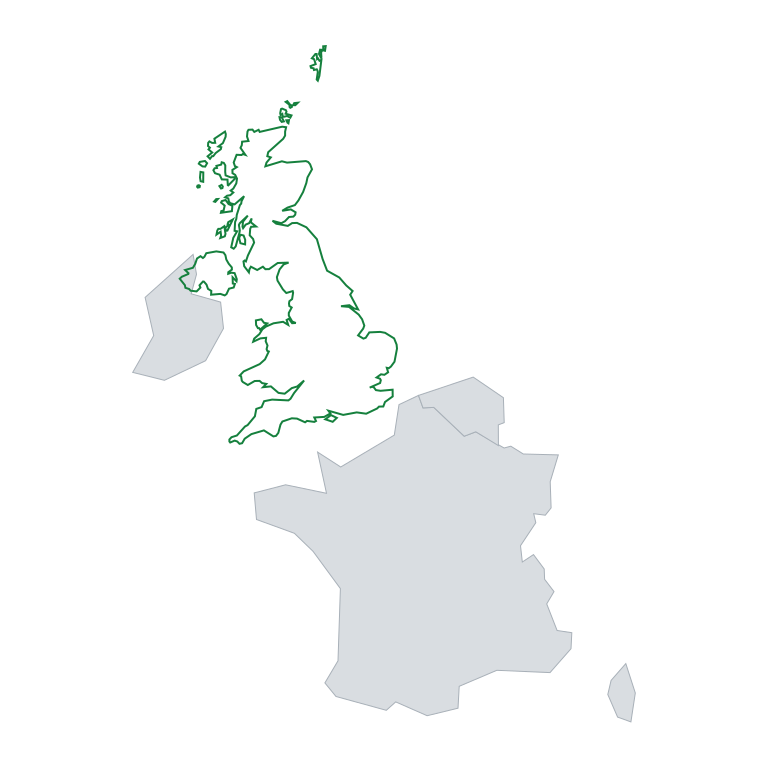 United Kingdom highlighted, orthographic projection
{"feature_id": "GBR", "entity_name": "United Kingdom", "entity_type": "country or territory", "adm_level": 0, "iso_a3": "GBR", "parent_name": "Europe", "parent_adm1": "", "projection": "orthographic", "projection_center": [-4.115, 55.427], "detail": "fine", "context": "with_neighbors", "style": "outline", "palette": "green", "viewbox_px": 768, "rotation_deg": 0, "n_neighbors": 3, "source": "natural_earth", "source_scale": "50m", "svg_char_len": 7203}
<svg xmlns="http://www.w3.org/2000/svg" viewBox="0 0 768 768"><path d="M510.8,446.2L523.3,454.0L558.3,454.9L550.2,481.7L551.1,507.9L545.3,515.2L533.7,513.7L535.8,522.7L520.5,545.7L522.3,562.0L533.5,554.6L544.2,569.0L544.6,579.3L554.0,591.6L546.7,603.9L557.1,630.5L571.8,632.7L571.0,648.7L550.0,672.6L496.8,670.3L459.2,686.3L458.0,708.2L427.1,715.7L395.7,701.9L386.3,710.3L336.0,696.5L324.9,682.9L338.0,660.8L340.4,588.6L313.1,551.4L294.4,533.3L256.5,519.5L254.2,492.9L285.6,484.8L326.5,493.3L317.6,452.1L340.7,467.0L394.3,435.1L399.0,404.6L418.5,395.4L423.0,407.9L433.8,407.4L464.2,436.2L475.8,431.8L504.1,448.0L510.8,446.2ZM611.1,680.4L625.8,663.6L635.3,693.0L630.9,721.9L617.6,717.1L607.8,694.5L611.1,680.4Z" fill="#d9dde1" stroke="#a8b0b8" stroke-width="1"/><path d="M503.4,397.7L504.2,422.6L498.3,424.9L498.4,445.6L475.8,431.8L464.2,436.2L433.8,407.4L423.0,407.9L418.5,395.4L473.2,377.1L503.4,397.7Z" fill="#d9dde1" stroke="#a8b0b8" stroke-width="1"/><path d="M220.6,302.1L223.5,328.4L205.6,360.7L164.4,380.3L132.7,372.4L153.7,335.6L145.1,297.4L193.1,254.4L196.5,274.3L191.2,293.8L220.6,302.1Z" fill="#d9dde1" stroke="#a8b0b8" stroke-width="1"/><path d="M304.1,380.5L297.2,386.5L291.8,388.1L284.7,393.7L278.5,392.9L270.9,386.4L263.1,387.2L266.3,383.9L262.1,383.1L259.6,380.9L254.7,381.0L247.8,385.0L242.8,382.0L241.8,380.7L241.1,376.3L239.7,375.6L243.7,371.4L259.7,364.1L265.0,359.4L268.8,351.5L267.3,350.9L266.6,349.1L267.5,345.5L265.7,341.3L266.1,337.8L260.4,338.4L253.2,341.7L254.2,338.6L259.4,334.1L262.4,329.3L265.9,326.6L273.5,323.3L283.1,321.8L288.2,324.9L286.6,320.0L288.8,318.8L292.1,323.2L295.8,323.0L292.2,321.5L288.8,315.6L288.8,312.9L291.7,307.5L289.3,306.0L289.0,303.4L289.4,301.2L292.1,299.1L293.1,292.7L292.7,291.1L286.3,293.0L282.9,289.4L277.5,280.6L276.9,277.1L279.6,269.4L283.7,264.4L288.6,262.6L277.7,263.0L269.1,269.1L265.4,269.2L262.9,266.7L257.2,270.0L250.9,266.7L249.4,269.4L248.9,272.4L244.2,266.2L243.5,261.4L244.7,260.5L245.9,261.4L247.9,255.5L254.1,242.6L253.1,239.0L249.7,235.3L250.2,228.8L251.1,226.8L256.1,226.5L250.8,222.3L251.7,218.4L249.1,223.2L245.7,224.6L243.1,228.2L242.5,226.7L243.0,221.7L247.8,215.6L239.7,223.3L238.9,225.0L239.8,230.4L239.5,232.5L235.7,246.4L233.7,248.7L231.2,247.3L233.3,237.8L237.1,231.3L234.6,230.8L235.1,221.9L236.3,219.0L236.8,214.8L239.9,205.1L241.2,203.6L241.5,201.3L244.1,196.2L234.6,204.4L230.3,203.2L228.9,201.5L228.3,198.4L225.1,197.3L227.1,195.7L230.3,195.2L233.3,192.5L230.7,190.6L233.3,188.6L236.3,183.4L237.0,178.6L235.2,174.9L232.5,173.2L232.4,169.9L236.8,167.1L234.9,166.1L233.7,162.5L236.6,154.8L241.6,155.0L242.8,154.0L245.4,154.9L240.5,147.9L241.8,145.2L242.1,141.7L248.5,141.0L247.0,136.5L247.5,131.5L248.5,129.8L252.5,129.6L254.3,131.9L258.6,129.8L259.7,131.9L282.2,126.7L286.1,127.2L285.1,131.6L285.1,135.6L283.2,138.8L268.2,152.2L267.3,156.2L270.8,157.4L266.5,162.6L265.4,166.3L281.9,161.3L287.0,162.6L305.9,161.1L308.2,162.0L310.1,164.3L312.0,169.3L307.5,177.4L306.3,183.1L303.1,192.0L298.4,200.5L294.9,205.1L287.5,207.6L282.2,210.8L290.8,209.4L295.6,212.3L295.2,214.7L293.4,216.6L289.0,217.0L285.0,221.2L281.3,223.2L272.5,220.8L276.2,223.7L287.8,225.9L292.1,223.1L297.0,222.9L306.4,227.3L316.9,239.2L322.6,259.0L327.1,270.7L339.3,277.5L346.2,285.4L352.6,291.0L350.2,294.7L358.1,309.4L353.9,308.4L349.4,305.2L341.0,306.2L349.0,306.9L358.7,314.6L362.1,319.3L364.3,325.6L363.2,328.6L358.1,335.4L363.4,338.6L365.7,337.8L369.3,332.4L380.2,331.9L385.1,332.8L394.1,338.4L396.6,344.6L397.0,348.6L394.5,361.7L390.9,366.6L388.8,368.2L386.8,367.8L388.1,372.3L384.4,374.8L381.0,374.3L376.6,377.5L380.0,378.7L380.8,380.2L380.1,383.0L369.7,387.6L372.1,386.8L373.8,387.3L375.9,390.1L380.6,390.8L392.6,389.7L392.7,396.4L385.0,402.0L383.3,406.5L379.0,406.6L377.1,408.5L366.2,413.7L356.7,412.4L343.2,414.9L328.4,410.7L330.4,413.4L324.3,416.9L314.3,417.5L316.0,421.0L314.3,421.9L307.0,420.9L305.1,422.3L297.0,418.6L291.8,418.3L282.4,421.5L280.5,424.6L278.3,432.9L276.0,435.9L273.4,436.4L263.9,430.4L251.4,434.1L244.7,438.7L242.1,443.2L239.5,443.8L237.3,441.5L234.7,440.6L230.2,442.5L229.4,441.5L229.4,439.5L231.5,437.2L236.9,435.5L245.0,426.5L247.6,425.1L254.9,416.3L256.3,408.9L261.6,407.1L264.1,401.2L272.1,399.6L288.4,400.4L290.5,398.8L294.1,393.0L304.1,380.5ZM220.4,293.9L211.1,294.7L211.3,290.9L208.0,288.9L206.5,284.6L203.9,281.6L203.0,281.5L199.5,285.3L200.4,287.6L196.6,291.4L190.6,290.7L189.1,289.0L185.4,287.8L184.9,285.2L179.7,278.7L181.9,276.7L188.3,274.0L188.5,273.2L185.1,270.0L192.9,267.8L195.2,263.9L197.0,258.5L200.5,256.2L202.9,258.0L204.4,256.8L206.3,253.2L216.3,251.4L223.5,252.5L225.4,255.2L226.3,259.5L228.7,263.7L231.8,267.4L231.9,269.6L228.3,272.2L228.2,273.8L231.2,272.7L234.6,273.1L236.8,279.2L236.5,281.3L232.6,277.3L232.8,283.5L234.9,283.9L233.7,287.5L229.0,288.7L226.5,294.1L224.7,295.4L220.4,293.9ZM225.6,136.8L222.9,143.1L218.4,146.5L221.3,147.2L220.8,149.2L215.6,153.1L213.3,156.1L212.1,156.1L210.0,158.8L207.6,156.3L212.2,152.5L208.5,149.4L209.9,147.7L208.0,146.0L208.2,142.8L209.4,141.4L212.1,142.9L215.2,142.8L214.4,138.7L225.0,131.6L225.8,134.1L225.6,136.8ZM225.3,165.4L225.2,171.9L225.6,175.4L230.7,177.4L234.1,177.2L234.8,178.8L228.3,185.4L227.8,185.1L227.5,179.6L221.8,179.4L219.6,174.7L215.0,173.2L213.4,170.2L214.6,168.3L217.0,168.0L216.4,165.9L221.2,164.6L221.7,162.3L223.8,162.9L225.3,165.4ZM316.6,54.0L317.1,59.1L318.0,58.4L319.5,60.8L321.4,59.8L319.4,75.9L317.8,80.7L316.7,79.5L317.8,72.0L317.5,70.6L316.8,69.3L314.0,70.0L313.6,68.3L311.0,67.8L310.5,66.1L315.7,64.1L314.1,59.2L311.9,58.3L315.4,54.0L316.6,54.0ZM231.9,211.2L220.9,212.8L221.3,211.1L223.6,210.5L224.7,205.6L221.1,202.6L221.8,201.1L225.6,200.0L228.6,204.1L232.4,205.8L231.9,211.2ZM264.0,322.8L267.2,323.4L260.1,329.7L259.1,328.1L257.9,328.1L256.1,325.0L255.9,320.4L261.4,319.3L264.0,322.8ZM224.3,226.2L225.5,233.9L224.8,236.3L220.3,238.0L221.1,235.7L220.6,231.7L216.5,234.6L217.3,230.5L218.3,228.9L220.4,228.9L224.3,226.2ZM286.5,111.7L285.6,113.7L291.5,115.4L290.3,117.7L287.1,116.0L283.8,116.8L282.7,116.1L282.3,113.9L280.6,115.0L280.2,113.2L281.0,109.1L282.1,108.6L285.9,110.2L286.5,111.7ZM245.1,244.4L240.4,243.2L239.2,238.1L239.7,236.3L240.9,234.8L243.6,235.5L245.2,239.8L245.1,244.4ZM336.8,417.9L332.7,421.8L325.3,419.3L331.0,415.1L336.8,417.9ZM227.4,230.6L226.0,230.8L225.4,227.7L228.8,224.7L227.6,224.1L228.3,222.1L232.8,219.5L227.4,230.6ZM205.0,161.0L207.1,163.2L205.2,166.6L202.5,166.4L198.8,163.7L199.8,161.9L205.0,161.0ZM203.2,181.8L200.6,181.2L200.0,177.5L200.5,171.9L203.3,172.4L203.2,181.8ZM321.4,57.2L321.0,57.7L319.0,54.0L320.1,49.7L321.7,49.8L322.0,50.9L321.1,52.3L321.4,57.2ZM291.9,106.9L290.3,107.8L289.6,107.1L289.4,104.7L285.7,101.9L287.2,101.1L290.3,104.9L291.9,105.4L291.9,106.9ZM283.9,121.4L281.7,121.9L280.0,119.8L279.5,117.2L281.8,117.4L283.9,121.4ZM325.7,46.1L325.0,50.8L323.3,50.4L323.2,46.3L325.7,46.1ZM295.3,105.2L293.1,105.2L294.2,103.1L297.9,102.7L295.3,105.2ZM222.4,188.1L221.0,188.5L219.4,186.1L221.6,184.9L222.8,186.5L222.4,188.1ZM288.4,123.3L287.5,122.7L286.4,120.3L289.0,120.1L288.4,123.3ZM215.3,201.9L214.1,201.5L216.2,199.1L217.9,199.0L215.3,201.9ZM199.6,187.2L197.8,187.6L197.1,186.8L197.5,185.6L198.9,185.2L199.9,185.9L199.6,187.2Z" fill="none" stroke="#15803d" stroke-width="2"/></svg>